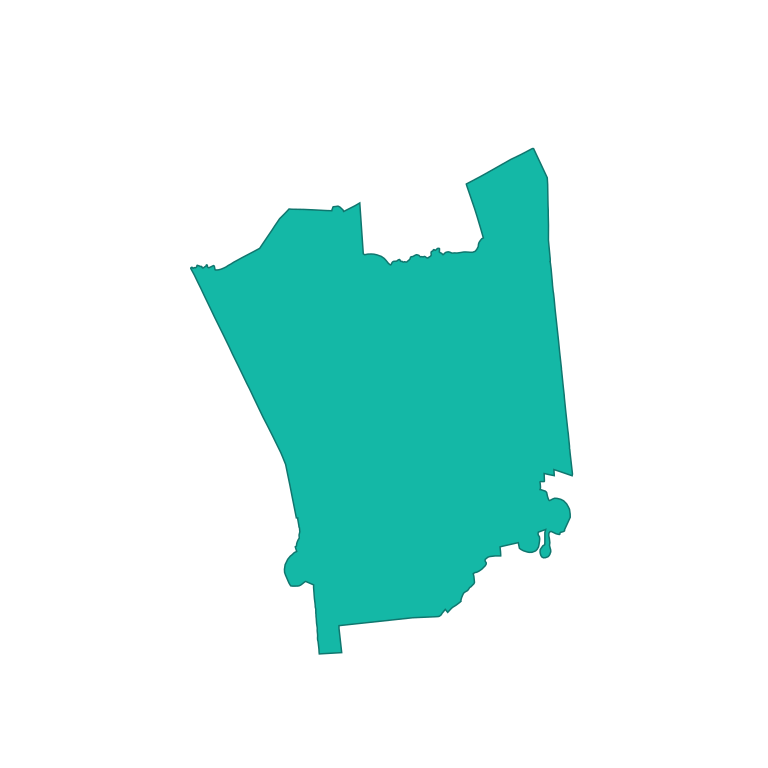 outline of Bilciuresti, Dâmbovita, Romania, rotated 112°
{"feature_id": "2599482B66874014167164", "entity_name": "Bilciuresti", "entity_type": "district", "adm_level": 2, "iso_a3": "ROU", "parent_name": "Romania", "parent_adm1": "Dâmbovita", "projection": "equal_earth", "projection_center": [25.791, 44.734], "detail": "fine", "context": "isolated", "style": "filled", "palette": "teal", "viewbox_px": 768, "rotation_deg": 112, "n_neighbors": 0, "source": "geoboundaries", "source_scale": "gbopen_adm2", "svg_char_len": 6123}
<svg xmlns="http://www.w3.org/2000/svg" viewBox="0 0 768 768"><g transform="rotate(112 384 384)"><path d="M349.3,606.4L354.0,600.7L359.1,595.1L364.0,589.6L369.2,584.0L376.1,576.4L380.1,572.0L384.9,566.8L389.0,562.2L399.6,550.3L408.0,541.0L413.1,535.6L422.0,525.6L435.0,511.3L438.9,506.8L445.3,499.9L460.2,483.6L466.8,475.9L474.0,467.7L478.6,462.6L486.1,454.2L489.2,451.1L495.4,445.1L504.3,439.2L513.3,433.2L521.0,428.2L541.0,415.1L540.5,413.8L541.7,413.3L547.5,409.7L548.4,409.3L549.0,408.5L552.0,407.0L552.5,406.7L555.8,406.2L558.7,404.8L560.2,405.2L562.4,405.3L564.5,405.2L567.1,404.5L568.2,405.3L572.0,402.2L573.9,404.0L577.2,405.5L578.7,406.4L582.6,407.6L588.5,408.0L593.1,406.9L595.9,405.6L598.1,403.7L604.1,397.6L605.9,395.2L606.1,394.8L605.6,392.9L603.7,388.4L602.9,387.1L601.6,385.9L599.8,384.8L597.6,383.6L596.6,382.9L596.4,382.6L596.6,374.0L599.2,373.0L602.8,371.2L603.6,370.8L605.7,369.8L609.1,368.1L612.8,366.0L615.3,364.7L616.3,364.3L616.8,364.0L618.3,362.9L619.0,362.6L619.4,362.5L620.9,361.8L621.8,361.5L623.2,360.7L625.1,359.9L626.7,359.0L628.8,358.0L631.1,356.9L635.2,354.5L636.2,354.1L637.1,353.8L638.6,353.1L641.0,351.8L642.6,351.1L644.4,350.5L645.9,349.8L646.8,349.2L647.4,348.7L654.2,345.0L655.7,344.3L657.2,343.6L658.5,342.9L648.9,322.6L627.4,334.2L624.9,335.2L590.0,269.9L580.6,249.3L579.3,246.6L578.5,245.6L576.6,244.5L574.6,244.2L572.6,243.5L571.4,243.2L570.0,242.8L571.9,239.4L570.6,238.9L566.7,237.4L565.2,236.6L562.2,234.4L558.4,232.1L556.6,231.2L555.7,231.7L553.0,232.0L550.7,232.0L548.9,231.9L548.0,231.8L547.3,231.4L546.3,230.8L544.3,229.2L543.4,228.9L542.3,228.6L541.6,228.5L540.9,228.4L540.1,228.0L539.6,227.5L535.5,225.8L534.0,225.8L528.9,228.5L526.4,230.2L524.8,229.1L523.8,227.5L521.9,225.8L519.0,223.9L514.5,222.0L512.5,221.8L511.4,222.3L510.5,223.7L509.5,224.3L508.6,224.4L507.7,223.9L505.7,222.8L504.5,221.5L501.8,216.6L499.7,211.4L499.1,211.6L495.7,213.2L491.6,215.4L491.1,214.8L490.0,213.3L480.8,200.1L485.6,196.9L486.1,195.0L486.4,192.3L486.1,188.2L485.7,186.3L484.7,184.0L484.4,183.5L482.7,181.7L481.9,180.9L480.0,180.1L477.2,179.7L475.0,180.1L471.6,180.9L469.3,181.6L467.4,182.7L466.3,184.3L465.1,185.1L463.5,185.4L458.3,179.6L461.5,179.2L470.4,175.6L472.8,174.8L474.5,176.1L476.7,176.6L479.0,177.1L481.3,176.4L482.8,175.5L484.3,174.2L485.3,172.7L485.4,171.1L484.6,169.3L482.8,167.3L481.4,166.7L480.5,166.5L479.5,166.4L478.9,166.5L477.8,166.5L477.2,166.5L475.4,167.3L473.2,169.0L471.6,170.1L469.0,170.8L465.3,172.8L462.9,174.4L460.6,175.2L458.8,174.8L458.1,173.8L458.2,171.7L458.4,168.3L457.9,165.1L457.4,164.7L456.4,165.0L455.5,164.8L453.9,162.7L452.9,161.8L452.4,161.6L451.5,162.0L448.9,161.9L442.7,161.6L437.8,161.4L434.8,162.7L430.8,165.0L429.0,166.9L426.7,169.8L425.0,173.7L424.7,176.9L425.2,180.6L425.3,180.9L425.8,182.4L426.0,183.0L427.3,184.4L430.0,186.7L430.1,187.2L429.9,187.6L429.2,188.4L427.1,190.2L423.6,192.6L423.2,193.5L422.9,194.2L423.2,199.0L423.4,199.8L422.6,199.8L421.5,200.1L420.5,200.5L418.1,201.7L416.7,202.6L416.3,202.7L415.8,202.3L414.5,199.0L414.3,198.9L413.9,198.9L407.0,202.0L406.2,197.1L405.2,191.8L399.7,194.4L399.3,188.7L398.6,175.2L397.3,175.4L396.7,175.6L393.2,177.5L378.1,185.7L375.0,187.3L374.6,187.7L372.2,188.7L364.8,192.6L360.9,194.6L358.3,196.1L340.4,205.7L329.0,211.7L327.3,212.5L319.9,216.5L305.1,224.3L304.6,224.6L303.7,225.1L303.1,225.3L289.0,232.9L278.5,238.4L251.1,253.1L241.4,258.1L236.2,260.9L235.0,261.7L229.2,264.8L227.5,265.6L215.0,272.0L209.6,275.0L208.8,275.5L208.3,276.0L208.0,275.8L205.7,276.8L189.1,285.4L175.1,291.0L165.6,295.1L161.4,296.8L157.7,298.5L152.1,300.9L137.7,307.0L131.6,309.9L109.7,333.5L110.1,334.6L111.1,335.5L120.4,343.4L128.2,350.5L153.3,370.5L156.0,372.7L167.7,382.6L168.1,382.4L169.9,380.9L178.2,373.7L182.5,370.0L187.8,365.4L194.5,359.9L204.3,352.1L211.1,346.8L211.3,346.6L212.8,347.8L214.7,348.4L217.1,348.9L218.9,348.8L221.3,348.1L224.3,348.4L226.7,349.1L228.7,351.2L229.6,353.5L230.2,355.4L231.2,358.3L231.9,359.8L233.1,361.7L234.8,364.6L235.5,366.0L235.9,367.4L237.2,370.0L237.1,372.3L237.3,373.7L238.0,375.0L239.1,376.3L241.3,377.3L242.0,377.7L242.0,378.1L241.8,378.4L241.4,379.1L241.2,380.0L241.2,381.0L240.8,382.2L239.7,382.5L237.8,383.2L237.6,383.7L237.9,384.6L238.4,385.3L239.7,385.8L240.9,386.6L240.9,387.0L240.7,387.5L240.7,388.1L241.2,388.5L241.7,388.5L242.6,388.8L243.3,389.5L243.9,389.7L244.4,389.6L244.8,389.5L246.7,388.5L248.1,388.7L249.2,389.6L250.8,390.6L251.0,391.9L250.6,393.1L250.5,394.0L250.7,394.5L251.5,395.3L251.8,396.8L252.5,398.0L251.7,399.7L251.7,401.0L252.0,402.4L253.1,403.5L255.0,405.0L255.8,406.4L256.5,406.9L258.1,406.7L259.2,407.0L260.9,407.9L262.3,408.6L262.7,409.1L262.9,410.7L263.7,411.6L263.7,412.3L263.7,412.8L263.5,413.4L263.9,414.0L264.0,414.6L263.9,414.8L263.0,415.6L262.8,416.4L263.6,417.3L264.7,417.9L265.4,418.4L266.6,420.9L267.2,421.5L268.3,422.0L270.8,422.2L271.2,422.8L270.8,424.1L270.6,424.9L268.7,428.3L267.5,430.8L266.7,434.3L266.9,438.9L267.4,441.9L268.2,444.4L269.6,447.6L271.4,450.4L271.0,452.0L225.2,474.3L227.8,476.3L229.6,477.7L238.1,485.1L239.1,485.9L239.2,486.1L238.4,486.6L237.9,487.4L237.1,489.5L236.5,491.0L236.4,492.1L236.3,492.7L236.4,493.3L236.6,493.8L237.3,494.9L238.7,497.5L239.2,497.6L241.2,497.5L241.9,497.5L242.9,497.3L244.7,502.2L249.0,514.7L252.2,523.8L256.6,535.2L257.3,537.6L260.7,538.9L263.7,540.1L269.8,542.7L278.6,544.6L282.8,545.4L300.0,549.1L304.8,550.1L310.1,554.5L320.1,563.0L323.9,566.1L327.4,569.0L330.1,570.9L332.4,572.8L334.5,574.2L336.2,575.7L338.6,578.1L340.2,580.3L340.9,581.7L341.3,582.7L341.4,583.3L341.2,583.6L340.8,583.8L338.4,585.4L338.1,585.9L338.1,586.5L341.3,589.4L341.8,590.0L341.9,590.7L341.6,591.4L341.1,591.8L340.3,592.2L339.9,592.7L340.0,593.1L340.3,593.3L341.0,593.2L341.3,593.3L344.0,595.0L344.3,595.5L344.3,595.8L344.1,596.4L343.5,596.8L343.4,597.5L343.6,598.1L343.9,598.6L344.0,598.8L343.7,599.7L343.7,600.1L343.9,600.8L343.8,601.3L344.0,601.7L344.4,601.8L345.0,601.6L345.3,601.6L345.9,601.7L346.8,602.3L347.2,603.5L347.7,604.0L348.1,604.2L348.2,604.5L348.2,604.8L347.9,605.3L347.7,605.7L347.8,606.0L348.5,606.5L348.9,606.6L349.3,606.4Z" fill="#14b8a6" stroke="#0f766e" stroke-width="1.5"/></g></svg>